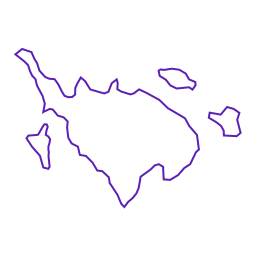 Culebra, Puerto Rico
{"feature_id": "32010507B36782575213222", "entity_name": "Culebra", "entity_type": "district", "adm_level": 2, "iso_a3": "PRI", "parent_name": "Puerto Rico", "parent_adm1": "", "projection": "natural_earth1", "projection_center": [-65.293, 18.314], "detail": "fine", "context": "isolated", "style": "outline", "palette": "violet", "viewbox_px": 256, "rotation_deg": 0, "n_neighbors": 0, "source": "geoboundaries", "source_scale": "gbopen_adm2", "svg_char_len": 2411}
<svg xmlns="http://www.w3.org/2000/svg" viewBox="0 0 256 256"><path d="M15.4,54.3L18.9,57.1L20.7,58.5L22.2,59.7L24.3,61.4L28.1,65.2L30.0,71.1L32.1,75.6L35.5,79.2L36.1,81.9L37.0,85.6L42.5,95.8L44.8,103.7L43.3,112.0L44.2,111.5L45.8,110.8L49.9,108.9L52.4,109.5L52.9,109.6L53.6,110.5L57.7,115.5L59.1,116.0L62.2,116.9L63.7,117.4L67.7,121.5L67.1,127.4L67.1,127.8L68.3,137.8L71.7,143.5L77.8,146.6L78.0,147.0L79.8,154.8L80.4,155.0L85.9,155.9L91.6,161.7L92.5,162.5L97.0,170.1L97.4,170.6L98.6,170.7L102.2,171.1L108.8,177.3L109.7,183.0L117.5,194.8L121.3,203.9L121.8,204.4L123.0,205.6L124.3,207.0L128.3,201.7L129.5,200.8L132.8,197.9L136.4,193.4L138.2,189.2L138.3,188.8L138.7,188.0L140.6,176.8L141.7,176.0L142.7,175.2L143.8,174.4L150.4,169.7L154.8,165.4L158.8,164.2L163.1,166.8L163.3,171.8L163.6,177.8L163.7,179.4L169.2,179.8L170.1,179.9L178.1,175.1L184.3,168.0L188.6,165.2L189.9,164.4L190.2,164.2L195.9,152.3L197.5,150.8L198.7,149.7L198.9,149.5L197.0,135.0L189.4,126.2L185.7,119.5L184.9,118.2L172.2,110.7L167.9,108.2L164.8,105.2L159.3,99.9L146.1,92.7L139.1,89.4L134.7,92.7L133.8,93.4L130.4,94.4L126.1,93.1L125.6,92.9L121.1,91.5L117.3,89.2L117.7,83.0L116.7,79.4L111.8,83.2L108.4,91.8L104.2,93.4L100.8,92.5L90.2,89.4L88.3,86.3L85.1,81.1L83.3,79.6L82.4,78.9L80.8,77.5L77.2,83.7L75.3,88.0L75.1,94.6L72.2,97.0L68.3,97.2L64.5,95.8L62.0,91.8L59.4,86.5L58.6,84.9L58.1,84.1L54.6,79.2L49.1,78.7L45.1,76.9L44.7,76.5L39.5,70.7L37.0,63.1L34.4,58.8L31.6,52.5L31.5,52.1L22.1,49.0L15.4,54.3ZM209.7,112.7L208.8,117.7L216.3,122.2L221.1,126.0L223.7,130.7L223.9,135.5L225.9,135.6L235.8,136.1L236.6,136.2L238.9,134.3L240.6,132.9L237.2,119.8L238.8,114.8L239.1,113.9L239.4,112.9L233.6,108.9L227.1,107.0L225.9,108.4L220.7,114.6L215.7,113.7L209.7,112.7ZM28.4,135.6L26.5,138.3L32.0,146.7L33.9,148.8L34.1,149.1L38.0,153.5L40.0,155.9L42.1,163.4L42.3,164.2L43.4,167.5L48.3,168.8L48.4,168.6L49.6,166.7L49.3,163.7L49.2,162.7L48.5,156.2L48.6,154.8L48.8,152.2L48.6,150.6L48.4,150.0L48.4,146.6L49.4,143.4L50.1,139.3L48.4,136.6L45.8,134.8L46.4,130.9L47.7,126.7L46.7,124.4L44.4,124.3L43.0,126.3L40.7,130.2L40.4,130.7L38.1,134.7L36.3,135.0L28.4,135.6ZM158.6,70.7L159.7,75.9L165.8,79.7L170.1,85.1L170.3,85.4L176.6,88.5L183.0,87.9L184.3,87.7L189.1,87.3L192.5,89.6L195.0,86.0L195.5,85.4L195.5,85.0L195.3,82.0L189.1,79.4L185.7,73.5L179.2,69.7L171.5,68.7L171.3,68.8L170.4,68.9L164.3,69.9L160.5,69.5L158.6,70.7Z" fill="none" stroke="#5b21b6" stroke-width="2"/></svg>